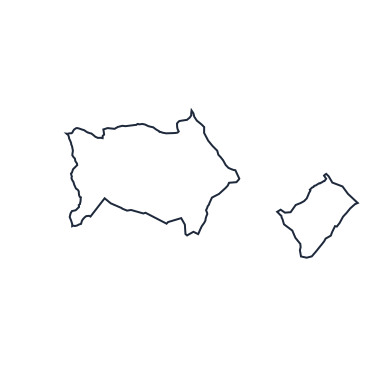 the district of Lavun, Niger, Nigeria, rotated 313°
{"feature_id": "59680162B89203090045374", "entity_name": "Lavun", "entity_type": "district", "adm_level": 2, "iso_a3": "NGA", "parent_name": "Nigeria", "parent_adm1": "Niger", "projection": "natural_earth1", "projection_center": [5.651, 9.275], "detail": "fine", "context": "isolated", "style": "outline", "palette": "slate", "viewbox_px": 384, "rotation_deg": 313, "n_neighbors": 0, "source": "geoboundaries", "source_scale": "gbopen_adm2", "svg_char_len": 3323}
<svg xmlns="http://www.w3.org/2000/svg" viewBox="0 0 384 384"><g transform="rotate(313 192 192)"><path d="M165.4,225.2L166.8,224.8L169.8,223.7L173.6,222.5L178.0,221.9L180.2,221.3L182.1,220.0L184.6,218.8L186.0,218.4L186.6,217.9L186.9,217.5L188.3,214.7L190.9,213.9L192.2,213.2L193.5,213.1L194.1,213.1L195.6,212.4L201.5,210.4L202.1,210.6L209.1,213.1L216.8,213.7L217.4,213.8L221.1,213.8L223.4,213.0L224.0,212.8L229.5,217.8L233.2,217.7L234.0,217.5L237.5,208.9L236.4,207.2L235.5,205.1L234.5,202.2L234.7,198.3L236.4,193.1L237.0,189.3L237.2,185.9L239.4,182.3L239.7,175.3L240.6,168.8L243.5,160.5L247.8,156.6L247.9,152.8L247.5,146.8L248.6,142.3L250.5,139.4L251.3,136.1L249.1,137.7L247.4,139.3L246.8,139.3L244.8,139.6L241.3,139.1L239.2,137.4L235.6,134.6L234.6,134.2L231.9,134.3L229.5,136.7L228.2,138.5L227.2,141.0L225.5,140.9L223.4,139.2L217.3,133.1L215.3,130.0L214.5,128.0L214.0,127.7L213.8,127.1L214.0,126.5L213.2,122.9L212.9,119.6L210.5,115.4L209.3,111.6L207.9,109.3L205.4,107.2L205.0,106.1L204.7,105.8L204.0,105.6L203.3,105.6L199.4,102.3L194.8,98.5L193.0,96.0L189.0,93.4L185.4,92.3L181.2,86.7L177.3,84.5L175.2,87.2L174.0,88.6L172.8,88.4L172.0,88.5L171.3,89.2L170.4,89.9L169.6,88.5L167.4,86.3L166.5,83.7L166.4,81.9L166.3,79.9L166.1,78.3L165.3,77.2L164.7,75.5L164.5,75.2L164.3,75.0L164.3,74.7L164.2,74.4L164.0,73.2L163.6,70.8L162.5,68.6L161.8,66.9L160.6,64.6L159.8,63.8L157.4,63.2L155.1,63.5L154.0,64.0L152.8,63.8L151.8,62.8L150.8,62.0L149.9,61.6L149.1,60.5L149.1,61.1L149.3,62.2L149.0,63.1L148.2,64.6L147.5,65.4L147.1,66.2L146.1,68.7L145.1,70.5L144.4,71.3L143.8,72.7L143.2,73.7L142.6,74.5L141.6,75.9L140.9,76.8L140.2,77.3L138.5,78.4L137.2,79.5L136.7,81.5L136.6,83.5L135.0,85.7L134.4,88.4L133.4,89.7L127.5,89.5L125.3,90.5L124.2,91.0L123.0,90.9L121.9,92.5L121.5,93.5L119.9,94.4L119.0,96.4L118.4,98.6L117.0,100.9L116.0,103.3L115.4,104.7L115.7,107.1L115.2,108.8L114.0,110.0L112.6,111.7L111.9,113.3L112.3,114.4L111.6,114.8L109.5,116.6L106.7,118.3L105.2,118.1L104.0,119.6L99.4,119.4L96.1,117.2L93.5,117.8L90.3,119.6L88.6,123.2L86.9,126.2L85.3,127.7L86.4,128.1L87.3,129.6L89.1,130.8L91.1,131.5L93.1,132.6L94.3,131.9L96.1,131.1L97.9,130.8L100.3,130.8L102.2,131.1L104.4,133.0L104.8,134.5L127.8,132.4L128.3,140.3L132.3,151.6L132.2,152.2L134.1,157.2L137.3,159.7L143.1,171.0L145.1,172.2L151.5,195.0L153.7,195.0L165.5,201.9L163.3,209.0L156.8,215.9L156.9,218.0L163.9,220.2L165.4,225.2ZM297.0,320.7L297.0,307.3L298.7,298.3L294.6,288.2L296.7,281.2L296.8,277.8L295.0,277.4L294.5,277.4L294.0,277.4L293.2,281.1L292.2,281.2L290.8,281.4L290.3,281.4L289.8,280.9L288.5,280.6L287.6,280.4L286.5,279.9L286.0,279.9L285.3,279.5L285.2,279.1L283.5,278.6L281.8,278.2L281.0,278.0L280.3,277.4L279.7,277.2L278.7,277.4L278.4,277.4L277.7,277.0L277.2,276.8L275.5,276.7L274.8,276.7L274.1,276.6L273.8,277.6L272.6,277.9L271.0,278.3L269.0,279.1L265.5,280.3L261.8,280.2L258.1,279.0L253.2,276.7L244.5,277.9L240.3,274.1L239.5,268.9L235.6,267.8L235.5,270.7L235.4,272.0L235.5,273.6L234.4,275.1L233.8,276.8L232.1,279.6L231.1,281.4L232.2,291.7L230.0,296.6L229.0,298.9L227.9,306.6L225.7,309.1L223.0,310.6L219.2,315.7L222.2,320.7L226.6,323.5L232.7,323.3L240.8,322.7L241.3,322.7L246.0,322.3L249.1,321.5L254.8,323.3L258.0,321.9L264.6,319.9L265.5,321.5L270.0,321.1L277.0,319.3L282.4,319.3L287.9,318.9L294.3,319.5L297.0,320.7Z" fill="none" stroke="#1e293b" stroke-width="2"/></g></svg>